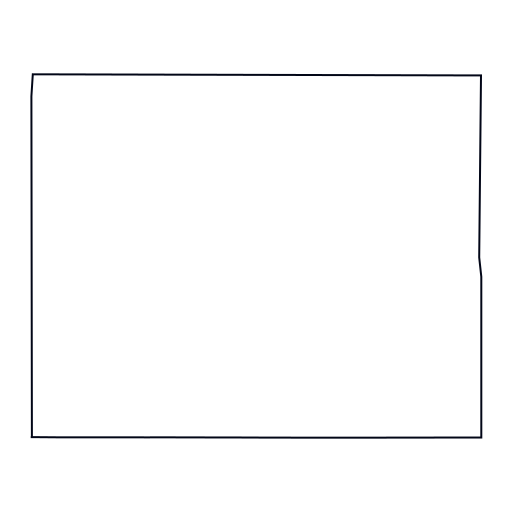 Hitchcock, Nebraska, United States of America (Equal Earth projection)
{"feature_id": "52423323B23020703161969", "entity_name": "Hitchcock", "entity_type": "district", "adm_level": 2, "iso_a3": "USA", "parent_name": "United States of America", "parent_adm1": "Nebraska", "projection": "equal_earth", "projection_center": [-101.114, 40.176], "detail": "fine", "context": "isolated", "style": "outline", "palette": "ink", "viewbox_px": 512, "rotation_deg": 0, "n_neighbors": 0, "source": "geoboundaries", "source_scale": "gbopen_adm2", "svg_char_len": 378}
<svg xmlns="http://www.w3.org/2000/svg" viewBox="0 0 512 512"><path d="M30.7,437.1L31.9,437.1L55.8,437.3L61.7,437.3L91.8,437.3L118.6,437.3L136.7,437.3L147.4,437.4L155.4,437.3L185.4,437.4L241.6,437.5L267.5,437.6L339.3,437.7L481.3,437.5L481.3,276.8L479.2,257.4L481.0,75.4L466.0,75.4L32.8,74.3L31.4,96.3L31.9,437.1L30.7,437.1Z" fill="none" stroke="#020617" stroke-width="2"/></svg>